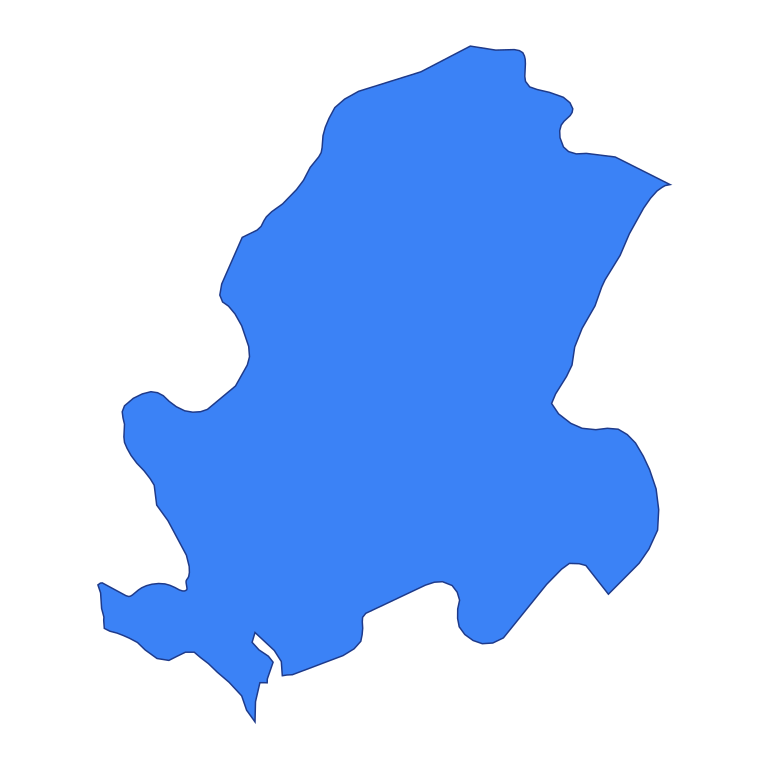 the Province of Đồng Nai
{"feature_id": "VNM-497", "entity_name": "Đồng Nai", "entity_type": "Province", "adm_level": 1, "iso_a3": "VNM", "parent_name": "Vietnam", "parent_adm1": "", "projection": "mercator", "projection_center": [107.117, 11.067], "detail": "fine", "context": "isolated", "style": "filled", "palette": "blue", "viewbox_px": 768, "rotation_deg": 0, "n_neighbors": 0, "source": "natural_earth", "source_scale": "10m", "svg_char_len": 2658}
<svg xmlns="http://www.w3.org/2000/svg" viewBox="0 0 768 768"><path d="M264.1,682.7L259.9,682.7L255.5,701.7L255.0,721.9L246.6,710.2L241.7,695.9L229.1,682.3L217.2,672.1L208.4,663.6L200.7,657.7L194.2,652.2L185.4,652.2L176.6,656.5L168.9,660.4L157.0,658.5L145.1,649.9L137.5,642.5L129.4,638.2L123.3,635.5L117.1,633.1L109.9,631.2L104.3,628.4L103.7,620.3L103.9,617.1L101.6,608.4L100.6,592.9L97.9,584.9L100.4,583.1L102.3,582.9L126.0,595.7L128.7,596.5L130.4,596.2L132.4,595.0L138.4,590.0L141.7,587.8L146.4,585.7L152.0,584.2L158.6,583.5L164.9,583.9L169.9,585.3L174.9,587.5L179.5,590.0L182.4,590.9L184.4,591.0L185.7,590.5L186.7,589.8L187.0,588.9L186.9,587.6L186.1,582.7L186.1,581.0L186.7,579.7L187.8,578.2L188.7,576.5L189.4,572.5L189.2,566.5L186.4,555.2L167.9,520.6L156.7,505.1L154.2,485.2L150.2,478.7L144.0,470.7L136.8,463.2L131.0,455.4L127.0,448.2L124.5,442.4L123.9,436.9L124.5,424.2L123.0,417.9L122.2,411.8L124.5,405.8L133.3,398.3L142.3,393.9L150.9,391.7L157.6,392.7L163.3,395.7L169.2,401.4L176.3,406.7L184.7,410.8L192.8,412.2L200.6,411.7L207.4,409.4L235.5,386.0L247.3,365.0L249.5,356.8L248.7,346.5L241.7,325.8L235.0,313.9L228.5,306.1L222.6,302.0L219.8,295.1L221.7,284.0L242.2,237.4L257.1,230.1L261.1,226.4L264.0,220.6L266.4,216.8L271.8,211.6L282.6,203.9L296.5,189.6L303.5,180.3L310.2,167.4L318.8,156.8L321.2,152.5L322.1,147.6L323.0,135.7L325.3,127.2L329.0,118.4L334.8,107.6L344.6,99.1L358.6,91.3L420.9,71.8L470.3,46.1L495.7,50.1L514.3,49.6L519.4,50.6L522.8,52.7L524.4,55.9L525.2,59.3L525.4,63.8L524.8,76.4L525.5,81.4L529.7,86.9L537.1,89.5L549.6,92.4L563.4,97.3L570.0,102.8L572.8,108.8L572.1,112.5L570.2,115.5L564.0,121.3L561.2,125.1L559.7,130.7L560.0,137.7L563.5,147.0L568.6,151.6L576.3,153.9L586.4,153.4L615.2,157.0L670.1,184.6L665.1,185.6L662.0,187.4L657.1,190.9L650.6,198.1L643.7,208.0L629.4,233.7L620.1,255.4L605.0,279.9L601.7,287.0L595.0,305.9L582.1,328.4L574.7,347.0L572.0,365.1L566.5,376.5L555.6,393.9L551.6,403.5L558.6,413.9L570.7,423.3L582.1,428.3L595.8,429.7L607.4,428.3L618.2,429.2L627.3,434.6L635.5,443.0L643.3,456.2L649.6,469.7L656.1,488.9L658.7,509.7L657.6,530.1L648.9,549.1L639.2,563.2L608.4,594.2L585.9,565.5L579.2,563.7L569.4,563.4L561.5,569.2L546.6,584.4L503.4,637.9L492.8,643.0L482.3,643.7L473.1,640.5L464.8,634.5L459.2,626.8L457.6,618.4L457.7,609.0L459.6,600.2L457.2,592.2L452.1,585.5L442.5,581.7L434.4,582.2L425.5,585.1L365.8,613.3L362.6,617.3L362.3,621.8L362.7,628.3L362.1,634.8L360.8,641.3L354.1,648.8L343.0,655.6L292.4,674.7L286.9,675.0L282.6,675.7L282.3,675.7L281.3,661.5L274.3,650.5L255.0,632.5L252.1,642.3L259.0,649.9L268.4,656.2L273.1,662.2L267.3,679.0L267.2,682.8L264.1,682.7Z" fill="#3b82f6" stroke="#1e3a8a" stroke-width="1.5"/></svg>